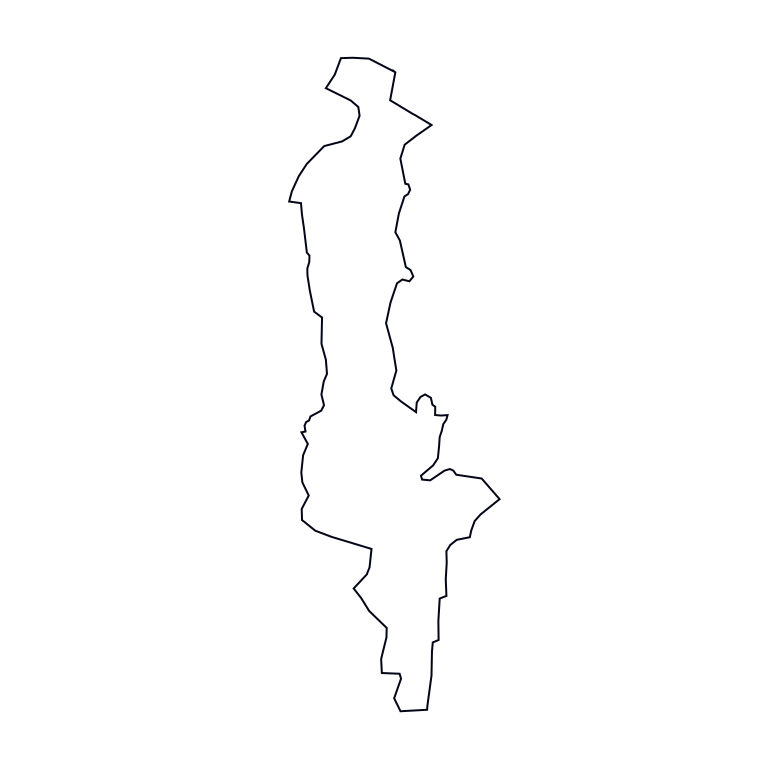 Medani Al Kubra, Gezira, Sudan, rotated 208°
{"feature_id": "16777658B51514444411297", "entity_name": "Medani Al Kubra", "entity_type": "district", "adm_level": 2, "iso_a3": "SDN", "parent_name": "Sudan", "parent_adm1": "Gezira", "projection": "mercator", "projection_center": [33.605, 14.33], "detail": "fine", "context": "isolated", "style": "outline", "palette": "ink", "viewbox_px": 768, "rotation_deg": 208, "n_neighbors": 0, "source": "geoboundaries", "source_scale": "gbopen_adm2", "svg_char_len": 1918}
<svg xmlns="http://www.w3.org/2000/svg" viewBox="0 0 768 768"><g transform="rotate(208 384 384)"><path d="M463.6,635.0L478.6,635.8L482.4,636.0L486.3,636.0L511.8,637.4L520.3,664.5L524.2,665.2L520.7,664.6L550.1,664.2L564.9,657.3L575.0,651.5L572.7,634.2L574.2,617.9L546.4,618.7L536.7,616.5L531.5,609.4L529.7,595.7L529.7,587.1L534.9,578.5L548.5,566.0L555.5,542.0L556.8,527.6L555.8,510.8L553.4,500.6L542.2,504.7L536.0,495.1L527.9,484.1L513.8,463.8L510.1,462.4L507.2,456.5L505.9,449.9L502.6,444.0L493.3,431.6L479.7,415.1L469.9,413.6L458.1,390.2L455.0,386.9L446.7,378.1L439.1,366.2L438.4,358.0L434.3,345.3L427.0,337.1L426.9,331.0L433.7,320.8L433.0,316.7L434.9,313.8L434.6,309.9L431.0,305.2L434.2,302.6L423.1,295.3L422.0,283.2L415.5,267.1L409.9,258.8L398.1,250.2L398.0,235.0L392.5,225.4L375.8,222.2L358.6,224.4L317.6,232.5L310.7,215.4L309.8,207.8L314.8,189.2L303.7,184.3L290.5,176.6L267.1,169.9L262.8,161.3L260.7,152.8L257.4,139.8L250.2,127.8L234.2,135.5L230.6,131.8L227.5,111.3L215.8,102.8L193.0,116.6L194.9,121.0L205.2,148.9L216.0,170.2L219.6,178.7L215.6,183.6L224.7,200.2L234.1,220.7L229.4,226.2L237.8,240.6L244.9,256.0L250.4,265.6L249.9,273.0L246.6,280.6L236.3,289.0L238.2,295.7L239.6,305.5L237.5,314.2L227.9,336.6L253.4,346.4L277.6,337.8L282.2,340.1L286.0,339.8L289.9,335.9L298.0,320.6L305.5,317.5L308.3,320.4L302.4,335.3L301.6,343.8L305.9,354.3L309.9,363.3L311.0,369.7L312.8,376.5L312.2,381.7L313.1,385.7L313.3,386.4L313.7,386.1L318.9,382.9L324.3,380.6L328.1,388.0L331.5,388.4L336.1,393.8L342.8,394.1L345.7,389.7L346.4,383.0L342.5,374.2L360.9,376.6L370.3,378.6L375.5,383.5L379.4,401.7L387.3,412.1L393.1,419.9L410.7,438.6L416.5,459.0L419.8,479.0L416.8,484.9L409.8,486.6L408.6,492.7L414.1,497.1L419.6,497.5L437.3,518.1L445.2,523.3L450.9,541.5L454.0,559.2L451.9,563.0L452.1,567.8L456.2,571.7L459.2,570.8L475.4,590.7L478.1,605.0L472.1,618.3L468.5,625.3L463.6,635.0Z" fill="none" stroke="#020617" stroke-width="2"/></g></svg>